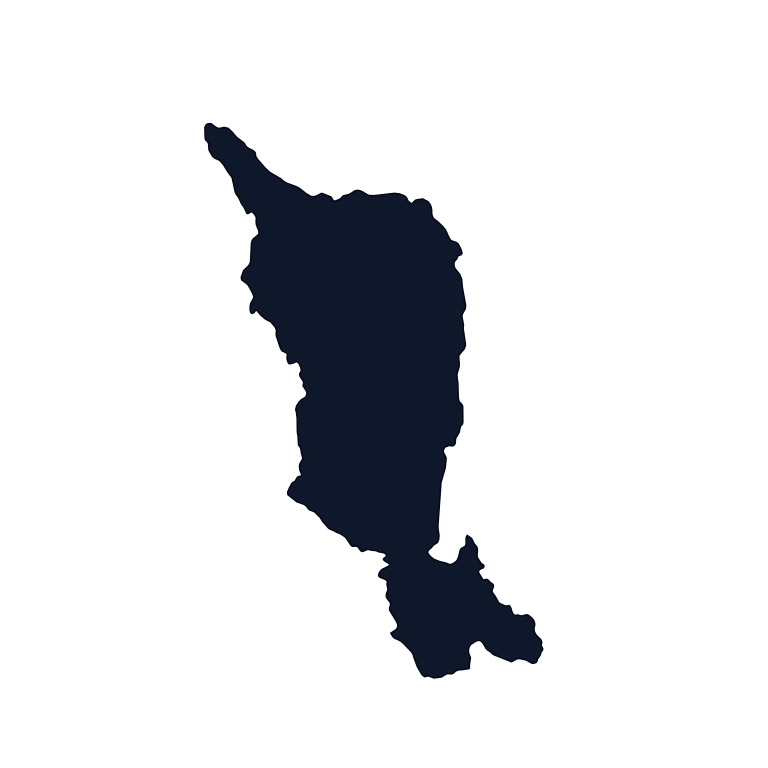 SVG path tracing the border of Lampang, rotated 323°
{"feature_id": "THA-391", "entity_name": "Lampang", "entity_type": "Province", "adm_level": 1, "iso_a3": "THA", "parent_name": "Thailand", "parent_adm1": "", "projection": "albers", "projection_center": [99.463, 18.356], "detail": "fine", "context": "isolated", "style": "filled", "palette": "ink", "viewbox_px": 768, "rotation_deg": 323, "n_neighbors": 0, "source": "natural_earth", "source_scale": "10m", "svg_char_len": 6152}
<svg xmlns="http://www.w3.org/2000/svg" viewBox="0 0 768 768"><g transform="rotate(323 384 384)"><path d="M414.3,91.4L414.7,98.2L417.1,106.8L417.2,107.9L416.8,111.0L417.1,112.7L417.8,114.7L419.8,118.5L420.3,120.4L420.3,121.8L418.5,125.1L418.2,128.5L419.0,139.8L420.0,146.0L425.1,158.2L425.7,161.4L426.9,164.6L433.4,174.9L434.2,176.9L436.4,185.3L438.6,190.4L440.9,192.3L443.9,193.4L448.2,194.0L449.3,194.6L454.0,202.3L454.2,203.3L453.8,206.2L453.9,207.1L454.5,208.2L455.1,208.5L458.7,209.6L460.3,209.8L461.7,209.8L464.5,209.2L469.6,211.4L472.6,212.0L476.3,212.1L478.9,213.0L481.0,215.0L482.5,217.7L484.0,221.4L485.2,224.0L485.9,224.8L489.5,227.7L506.9,237.9L510.6,241.3L513.1,245.2L514.0,247.4L514.0,249.0L513.3,252.0L513.4,253.0L514.1,255.8L514.8,256.5L515.8,256.8L517.3,256.4L520.3,256.3L526.3,259.5L528.9,265.0L528.8,268.9L527.8,271.9L526.4,274.3L524.7,276.5L523.5,279.1L523.1,281.8L524.5,286.3L525.7,293.8L525.8,298.2L524.0,305.9L523.7,309.2L524.9,311.7L526.8,314.2L527.4,316.3L527.2,318.6L526.4,323.1L525.0,326.5L523.3,327.1L520.7,326.3L519.9,326.3L517.6,327.7L514.6,328.4L513.4,328.9L512.3,329.9L510.9,332.1L510.4,333.6L510.2,335.4L510.4,342.0L509.0,347.2L505.0,353.5L496.4,370.5L494.1,372.8L489.0,375.1L486.9,376.8L483.4,383.9L482.7,385.0L480.7,387.1L473.2,400.9L472.2,402.2L469.3,404.2L461.3,406.0L459.7,407.7L456.6,412.6L454.4,415.4L448.7,419.6L447.3,421.1L443.4,427.9L435.3,439.3L434.1,441.5L433.4,443.1L433.8,446.7L433.6,448.6L433.1,449.6L424.2,461.7L422.7,463.1L420.2,463.7L418.9,464.4L414.9,467.8L409.4,470.1L408.1,470.9L405.4,473.9L404.4,474.7L402.4,475.0L401.5,474.7L399.0,472.3L395.3,471.1L394.2,471.2L393.0,471.6L391.2,472.9L390.4,474.0L389.3,479.6L388.6,481.1L382.5,487.7L370.2,497.0L341.9,529.5L339.8,532.5L336.9,537.8L336.1,538.9L333.7,541.3L331.4,542.7L326.4,542.4L323.5,543.1L319.8,543.4L318.3,543.9L317.5,544.7L317.1,545.7L317.1,547.9L317.3,550.1L318.3,554.0L321.6,559.4L325.6,564.2L327.4,567.2L328.0,567.9L329.7,568.8L332.8,569.2L335.2,569.1L337.1,568.5L340.1,566.6L344.9,562.6L346.7,561.9L350.9,562.5L352.1,562.1L353.4,561.1L357.0,556.2L359.3,555.0L360.8,559.3L360.9,560.7L359.9,565.8L360.0,570.1L359.5,571.6L357.8,574.0L355.2,576.8L354.5,578.0L354.0,579.6L353.6,584.9L353.7,586.3L354.5,588.1L354.5,589.1L354.0,589.9L352.7,590.5L349.7,589.8L347.7,589.8L346.3,590.8L345.9,591.9L345.2,599.6L345.6,600.4L346.2,600.9L348.1,601.6L348.7,602.2L349.1,603.1L349.4,606.2L350.3,609.0L350.3,610.1L349.8,611.2L348.5,612.3L345.8,614.0L345.4,614.8L345.1,616.0L345.0,620.6L344.0,627.5L344.2,628.8L347.0,633.8L348.2,635.0L350.6,636.3L350.7,637.7L350.3,639.7L348.9,643.4L348.6,646.7L349.8,648.0L351.6,648.8L353.7,651.6L354.4,652.2L358.0,653.6L359.5,654.6L360.4,656.2L361.2,660.1L361.3,661.6L361.0,664.1L359.7,666.8L356.9,669.2L355.3,671.5L354.5,674.5L354.5,676.8L355.3,682.1L355.2,683.2L354.9,684.4L354.2,685.5L352.2,687.3L351.3,691.2L350.6,691.8L347.8,692.8L345.8,694.3L344.0,695.2L341.1,695.9L339.9,697.1L337.9,697.9L335.6,697.2L334.2,696.2L331.8,690.7L330.8,689.1L326.7,684.5L324.7,683.4L318.7,682.6L309.2,667.0L308.4,665.3L307.5,660.7L306.7,659.0L306.4,656.4L307.1,652.0L307.0,648.6L306.4,646.7L304.6,645.2L302.4,644.6L296.4,644.2L294.5,644.8L293.0,645.7L291.1,647.5L290.1,649.0L289.3,650.8L288.3,654.6L283.9,658.9L281.1,662.3L280.3,662.3L273.8,658.7L271.8,657.3L270.0,656.6L267.7,656.4L265.6,656.7L264.4,656.4L263.2,655.9L261.7,654.5L259.5,653.1L253.9,652.6L252.9,652.2L247.0,648.8L244.0,644.2L243.0,643.4L240.4,642.3L239.8,640.8L239.5,638.4L240.5,630.0L243.4,620.3L244.6,617.4L244.8,614.3L243.6,603.6L242.8,599.7L241.1,596.0L239.5,593.4L239.1,591.1L239.5,587.1L246.0,587.5L246.9,587.3L249.2,585.9L250.3,584.4L251.2,580.6L252.3,568.5L252.8,567.3L254.2,565.8L256.4,564.3L257.1,563.4L257.5,562.0L257.5,557.1L257.8,555.4L259.0,553.7L260.9,552.2L262.6,551.3L263.8,550.1L265.9,545.7L267.7,543.9L268.1,543.0L267.3,540.4L264.4,535.7L264.3,534.7L264.6,533.6L265.7,532.5L266.8,531.9L268.9,531.2L271.0,531.0L278.3,532.3L279.2,532.2L279.9,531.6L280.0,530.6L278.2,525.9L277.9,524.2L278.3,523.4L279.5,523.2L281.6,523.3L282.4,523.0L282.9,522.2L283.2,521.2L282.8,519.6L282.2,518.6L278.6,514.5L277.3,512.2L274.0,509.2L272.3,507.1L270.9,506.0L266.8,505.1L265.9,504.7L265.4,504.0L265.1,503.1L265.2,498.7L265.0,497.7L263.9,496.5L261.6,495.0L260.6,493.5L261.1,485.1L260.9,482.4L258.9,477.0L257.0,474.0L255.9,471.4L253.6,467.4L253.0,465.6L252.3,456.8L252.8,452.4L251.6,444.1L248.7,439.5L248.5,438.5L248.6,435.3L248.2,433.2L247.5,431.6L243.5,425.6L240.7,414.9L241.1,413.6L242.3,412.2L245.6,410.3L250.4,408.0L251.4,407.8L254.4,408.2L258.6,406.4L259.7,406.4L262.3,407.6L263.2,407.3L263.9,406.4L265.2,401.6L267.0,398.8L269.1,397.0L273.9,395.0L274.7,393.9L276.6,389.4L278.8,385.2L279.1,383.2L279.1,381.2L283.9,374.0L285.9,370.2L294.2,358.9L297.0,354.0L298.1,351.3L300.9,349.0L304.9,347.4L308.7,346.8L312.9,347.4L315.1,346.6L317.3,344.6L317.8,342.7L318.3,336.7L320.6,334.7L321.2,333.4L321.5,328.6L321.8,326.8L322.9,325.1L325.9,323.6L326.7,322.5L327.4,321.0L328.2,317.7L328.5,315.8L327.9,313.9L327.1,313.2L323.8,312.5L321.2,311.3L320.5,310.8L320.4,309.6L320.7,307.9L322.0,305.1L323.1,303.8L324.7,302.4L325.0,301.5L324.5,299.9L322.6,296.2L322.7,294.2L323.4,291.3L326.9,281.0L327.8,279.5L330.7,276.0L331.4,272.6L331.0,266.5L330.6,265.1L329.3,262.8L328.5,260.9L327.1,255.0L326.8,249.0L326.1,248.1L325.3,248.0L323.6,248.7L321.7,248.6L320.7,247.4L320.8,246.1L321.6,244.4L323.9,241.4L325.3,240.1L326.6,239.2L331.6,237.0L332.3,236.5L333.1,234.7L333.8,232.2L335.0,223.9L335.0,221.9L333.0,215.2L334.3,212.8L340.3,208.9L347.4,208.1L349.9,206.9L351.2,205.8L363.0,191.7L365.4,190.0L367.4,189.4L372.9,189.2L374.8,188.7L376.4,185.9L377.4,181.8L378.3,179.4L380.0,176.8L382.0,174.6L382.5,173.2L382.8,170.4L382.4,167.4L381.9,166.7L381.1,166.3L378.2,166.1L377.5,165.7L377.3,164.7L378.6,158.9L378.7,154.4L380.2,147.7L380.2,144.0L380.5,142.2L381.4,139.7L386.6,128.6L387.0,127.1L386.9,122.1L387.8,112.0L387.6,108.7L387.4,106.6L384.4,100.8L384.1,98.8L385.0,92.3L385.4,91.3L388.3,86.9L388.7,85.9L388.8,83.9L388.5,81.9L389.2,79.9L395.3,71.4L397.6,70.1L399.8,70.1L402.5,71.9L404.2,77.8L405.8,80.6L410.7,82.8L413.4,86.1L414.3,91.4Z" fill="#0f172a" stroke="#020617" stroke-width="1.5"/></g></svg>